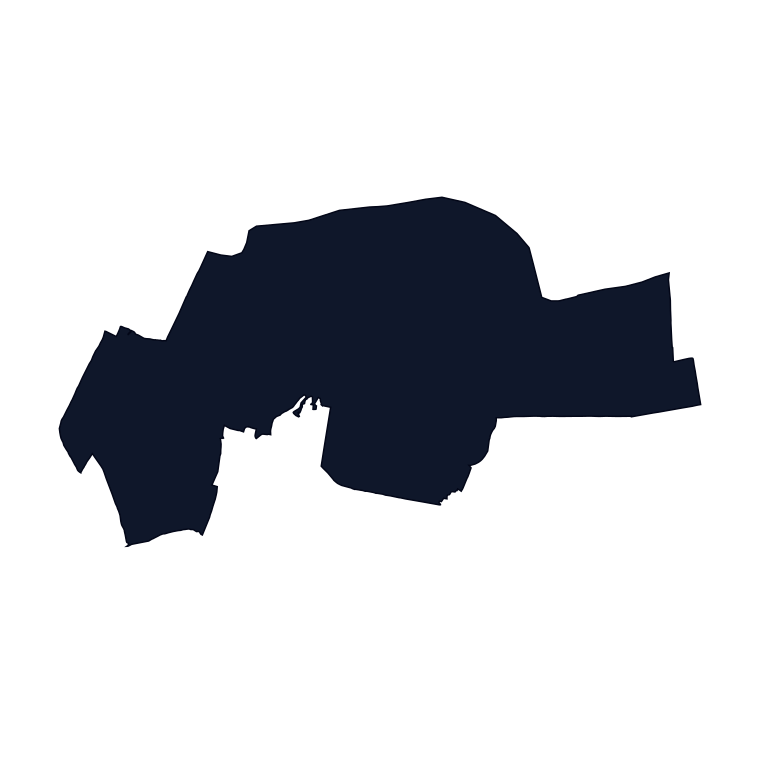 the district of Peceneaga, Tulcea, Romania, rotated 97°
{"feature_id": "2599482B15466890128615", "entity_name": "Peceneaga", "entity_type": "district", "adm_level": 2, "iso_a3": "ROU", "parent_name": "Romania", "parent_adm1": "Tulcea", "projection": "orthographic", "projection_center": [28.191, 45.007], "detail": "fine", "context": "isolated", "style": "filled", "palette": "ink", "viewbox_px": 768, "rotation_deg": 97, "n_neighbors": 0, "source": "geoboundaries", "source_scale": "gbopen_adm2", "svg_char_len": 6102}
<svg xmlns="http://www.w3.org/2000/svg" viewBox="0 0 768 768"><g transform="rotate(97 384 384)"><path d="M274.1,575.1L291.0,580.4L295.1,581.8L295.4,582.1L297.6,583.0L304.8,585.3L309.7,586.8L314.2,588.4L319.5,590.0L320.7,590.3L321.7,590.9L338.6,595.9L356.6,602.0L363.8,604.5L367.6,605.5L367.8,607.9L368.1,608.6L368.1,610.1L367.8,611.4L368.0,611.5L368.0,614.4L368.1,615.2L368.0,616.1L368.2,617.5L368.1,619.3L367.8,621.8L368.0,625.3L368.0,627.4L367.6,628.6L365.4,633.8L364.8,636.5L364.4,637.0L363.8,637.4L363.3,637.7L362.8,638.4L362.4,639.3L361.8,641.1L363.4,641.6L364.4,642.6L365.9,643.6L366.1,643.8L366.1,644.0L365.8,644.1L365.4,644.0L364.7,643.5L363.2,642.3L362.0,641.6L360.5,644.3L359.9,648.3L359.1,651.0L358.9,652.1L359.1,652.5L359.5,652.7L361.0,652.9L363.3,653.5L366.3,654.4L368.9,655.3L369.0,655.4L369.5,655.6L366.1,665.3L365.8,666.1L365.6,667.4L371.7,668.3L374.3,669.0L377.7,670.4L380.5,671.3L381.7,671.8L386.4,674.3L392.3,676.3L395.6,677.1L396.8,677.5L399.7,678.9L403.1,680.1L414.3,684.1L423.0,686.8L425.6,688.0L428.7,688.9L431.1,689.5L438.1,691.7L439.2,692.2L443.8,693.7L448.4,695.5L455.8,698.1L458.2,699.3L460.1,699.9L462.0,700.0L467.7,700.8L471.7,699.8L474.9,698.8L477.3,697.9L479.7,696.4L481.1,695.4L483.9,694.3L487.5,691.5L490.0,689.3L491.1,688.8L492.0,688.2L494.1,686.7L495.1,685.6L500.5,681.9L501.3,681.4L504.0,679.2L506.7,677.7L507.7,676.7L508.6,675.2L509.1,674.1L508.7,674.1L505.3,672.8L502.9,671.6L501.6,671.2L500.5,670.6L497.3,669.4L492.7,666.9L488.8,665.1L488.6,665.0L491.8,662.2L499.9,654.9L502.6,652.7L504.1,651.9L505.8,651.0L512.0,648.0L526.2,640.5L535.5,635.9L538.4,634.0L540.1,633.3L542.4,631.9L544.7,630.8L546.8,629.9L552.3,628.5L553.8,628.0L555.8,627.2L556.9,626.5L559.1,624.9L560.6,624.0L562.1,623.6L565.4,622.4L571.5,620.5L572.5,620.0L572.9,619.3L573.2,618.2L574.1,618.1L575.0,618.3L575.6,618.6L576.4,619.5L576.2,618.4L574.7,616.1L573.9,615.0L568.5,598.4L566.2,595.5L565.9,594.8L564.1,592.2L562.5,589.8L561.2,588.0L559.7,585.2L559.4,583.4L558.7,581.7L558.0,580.2L556.1,575.3L554.6,570.6L554.0,567.9L553.0,565.6L552.6,563.7L552.1,562.0L551.6,559.8L552.0,558.0L551.7,555.6L552.4,554.1L553.3,552.2L553.3,551.6L553.0,550.9L552.9,550.0L553.5,548.9L554.4,548.3L555.5,547.3L556.0,545.9L537.5,540.9L535.0,540.6L531.1,539.7L526.6,539.0L521.3,538.0L518.9,537.5L514.2,537.0L511.5,536.8L506.2,537.0L505.3,542.5L491.3,538.3L475.4,538.1L473.1,537.6L469.2,538.0L466.5,538.1L463.4,538.4L458.7,539.6L458.1,539.9L457.4,538.1L457.6,537.2L457.2,536.7L455.2,537.9L452.3,538.1L448.5,538.1L444.5,537.4L446.9,531.3L447.9,523.0L447.7,521.9L448.6,517.6L445.2,517.0L443.7,515.8L443.4,515.3L443.1,514.5L443.1,513.3L442.8,513.2L443.5,510.8L443.9,508.5L444.1,507.0L444.2,505.2L448.6,505.6L450.7,505.7L452.1,505.4L453.6,504.4L453.7,504.1L450.8,501.3L449.3,499.8L448.6,498.7L448.5,498.2L448.4,493.7L447.9,492.4L448.1,490.3L444.5,490.9L442.7,490.9L441.1,490.7L439.6,490.5L436.0,490.3L435.1,490.0L432.5,489.5L429.3,486.7L427.5,483.3L426.8,482.9L425.5,481.8L424.1,479.9L423.6,479.4L422.9,477.9L422.1,476.8L421.4,475.9L420.7,475.2L418.4,472.0L417.2,471.1L415.8,470.4L413.7,469.1L411.9,468.1L410.2,466.9L408.5,466.0L404.4,461.9L404.7,461.2L406.3,459.4L409.1,461.4L412.9,464.0L417.3,464.4L419.1,465.8L422.3,469.9L423.2,470.6L424.2,470.1L426.0,467.6L427.0,464.8L426.5,464.1L423.0,465.8L422.5,465.3L423.0,464.3L422.6,464.0L420.4,463.3L418.5,463.0L416.7,462.3L415.5,462.4L414.9,462.6L414.5,462.7L414.1,462.4L413.8,461.8L413.5,461.6L413.4,461.0L413.1,460.5L410.9,460.4L409.1,459.9L408.1,458.5L407.5,458.3L406.9,457.8L406.1,456.7L405.8,456.0L405.3,455.7L405.0,454.3L405.5,453.6L406.7,453.3L410.4,452.7L412.2,453.0L412.9,454.1L413.2,454.1L413.3,452.8L413.2,451.8L413.6,451.6L417.8,451.4L417.8,450.5L417.4,448.5L417.0,448.4L414.0,448.4L413.7,449.1L412.3,450.6L405.4,447.6L406.2,445.5L408.4,445.1L411.0,443.8L412.1,443.9L413.2,442.3L412.9,442.1L413.6,434.1L452.4,435.6L473.2,436.3L475.0,434.2L479.0,429.0L484.7,422.9L485.7,422.0L487.1,419.9L488.2,418.1L488.5,417.4L489.3,415.2L489.8,413.7L490.3,410.2L490.8,406.7L491.2,403.7L491.6,402.9L492.2,400.4L492.0,399.3L492.1,396.4L492.2,394.8L492.3,392.0L492.7,389.8L492.7,389.2L492.5,388.1L492.6,386.1L492.9,381.6L493.1,380.1L493.4,379.0L493.4,378.3L493.3,377.3L493.5,371.8L494.1,369.1L494.2,364.1L495.0,354.9L494.9,354.2L495.4,348.8L496.2,332.4L497.2,314.3L497.0,313.3L496.5,313.3L495.2,315.0L493.6,314.7L493.7,312.7L490.2,310.9L490.3,307.5L488.1,307.8L486.5,307.5L485.9,305.7L485.4,305.3L482.9,304.3L482.5,303.1L482.5,300.4L480.8,299.1L480.8,298.5L479.2,298.1L480.1,295.9L481.0,294.3L478.5,293.2L477.2,292.8L470.6,291.0L467.4,290.1L465.9,289.5L462.2,288.6L458.4,287.8L457.8,287.6L456.6,287.4L454.4,289.7L454.4,288.8L452.3,283.8L450.4,281.0L449.4,279.8L448.2,278.6L446.6,277.3L443.5,275.4L437.9,272.9L426.7,272.8L425.0,272.4L422.6,272.3L420.7,271.9L418.3,271.1L416.8,270.5L414.5,269.1L412.4,268.4L406.6,268.1L403.8,268.5L403.2,263.6L402.4,260.2L401.8,256.9L401.0,253.5L400.4,250.8L400.1,248.7L399.2,241.5L397.6,231.3L397.3,228.6L397.0,225.5L397.0,224.0L396.9,222.9L396.7,220.8L396.1,217.9L395.6,213.9L395.5,213.7L394.9,207.4L394.5,203.6L393.7,197.8L392.4,187.9L392.0,184.5L390.8,176.1L390.6,174.2L390.3,170.5L389.9,166.1L388.9,159.9L387.7,148.3L386.0,135.7L385.8,134.7L386.4,134.5L386.2,133.8L379.9,113.3L378.2,107.3L376.7,102.4L371.1,84.1L368.5,75.3L366.8,70.5L365.8,67.2L349.0,72.2L345.5,73.1L337.6,75.5L333.3,76.7L327.7,78.5L322.8,79.8L321.2,80.4L320.9,80.7L320.8,81.2L321.0,82.7L321.5,84.6L323.2,89.5L326.4,98.2L326.5,98.9L326.4,99.4L326.3,99.6L312.8,101.9L312.6,102.0L312.6,102.4L305.4,103.8L291.4,106.2L288.5,106.7L285.7,107.0L275.4,108.7L266.0,110.0L264.1,110.4L261.5,111.0L245.9,114.4L239.0,114.5L244.7,127.9L251.4,140.3L257.7,156.3L263.0,176.2L272.2,202.1L273.8,203.5L277.3,212.6L277.6,213.7L280.2,220.4L281.2,228.1L278.8,238.0L247.6,250.1L231.4,256.5L230.9,256.8L218.5,270.3L203.2,293.9L193.9,325.8L191.6,349.2L195.6,365.3L200.9,382.2L206.9,402.6L208.7,411.5L210.1,419.8L217.1,449.4L230.7,478.6L235.0,492.8L242.9,529.8L248.3,536.6L260.4,537.5L267.5,539.5L271.1,541.1L275.9,550.6L275.9,561.6L274.1,575.1Z" fill="#0f172a" stroke="#020617" stroke-width="1.5"/></g></svg>